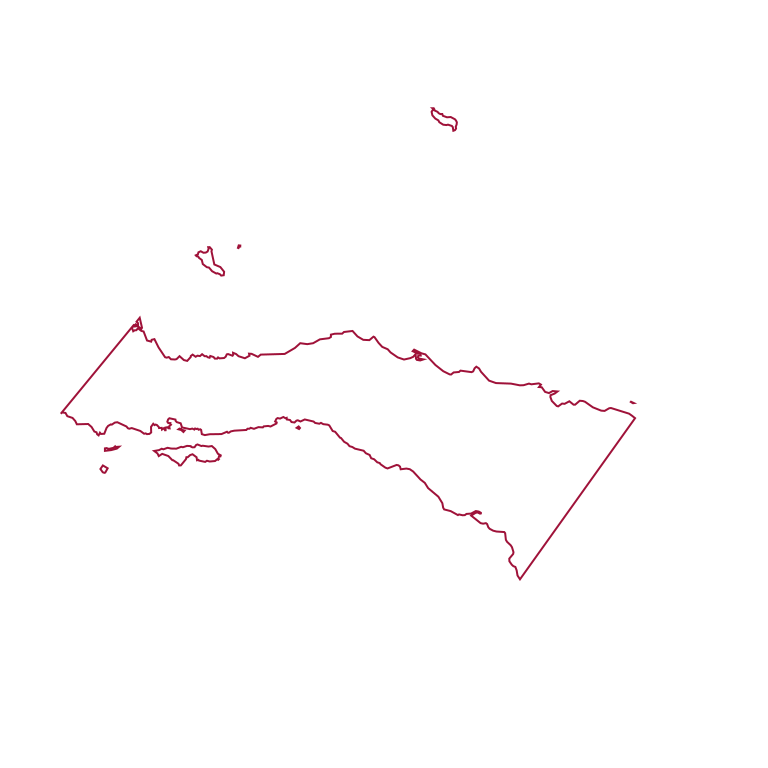 the State of Baja California, rotated 130°
{"feature_id": "MEX-2706", "entity_name": "Baja California", "entity_type": "State", "adm_level": 1, "iso_a3": "MEX", "parent_name": "Mexico", "parent_adm1": "", "projection": "albers", "projection_center": [-114.611, 30.356], "detail": "fine", "context": "isolated", "style": "outline", "palette": "rose", "viewbox_px": 768, "rotation_deg": 130, "n_neighbors": 0, "source": "natural_earth", "source_scale": "10m", "svg_char_len": 6177}
<svg xmlns="http://www.w3.org/2000/svg" viewBox="0 0 768 768"><g transform="rotate(130 384 384)"><path d="M446.2,154.3L444.9,158.6L441.5,162.6L439.7,165.8L440.4,167.8L440.3,170.0L439.2,174.0L437.2,175.8L431.2,175.8L429.6,176.7L426.8,181.0L426.1,183.2L425.8,188.3L425.0,190.5L420.4,195.3L420.1,196.7L424.7,203.0L426.2,206.1L427.0,210.0L426.7,212.0L425.0,215.0L425.1,216.5L427.3,218.3L428.5,220.6L428.8,232.6L424.0,231.1L422.3,229.9L421.6,227.1L420.9,226.6L420.4,227.0L420.8,229.4L422.3,232.0L427.3,234.0L430.5,237.3L432.5,237.8L434.0,239.4L435.7,242.7L436.9,243.1L438.5,251.2L441.4,257.3L440.7,259.2L437.8,262.7L435.4,269.9L435.4,283.3L433.5,289.2L433.7,294.7L432.3,305.4L432.7,309.5L434.4,312.5L438.6,316.4L437.0,318.6L437.0,320.6L437.9,322.3L446.4,327.0L447.2,329.2L447.7,335.1L447.3,336.5L448.3,338.8L448.0,343.2L449.1,346.1L447.6,349.4L448.7,353.4L448.2,356.7L452.2,364.7L452.6,367.7L453.8,370.5L453.2,373.6L453.9,377.4L453.0,382.2L453.4,383.2L452.0,390.7L453.0,393.1L450.9,399.3L451.3,400.9L453.8,404.7L454.3,407.3L456.0,408.0L458.1,411.7L458.0,413.8L462.1,421.9L466.4,423.9L467.2,426.7L468.3,427.5L471.0,427.8L472.6,430.4L472.0,432.9L473.6,435.6L472.5,436.8L473.5,437.3L474.0,439.9L477.3,441.4L478.5,443.6L479.9,444.0L482.7,443.3L482.4,441.5L483.4,441.0L489.5,443.6L490.6,445.8L493.8,448.9L495.1,448.9L497.8,452.5L501.9,454.8L503.3,458.0L504.7,458.3L506.0,459.8L507.7,459.9L516.0,468.7L518.8,470.9L521.0,471.5L521.6,472.2L521.5,473.6L526.8,476.3L534.5,485.2L538.3,488.4L539.5,491.3L536.7,494.6L536.8,495.7L538.2,496.6L538.0,498.0L539.1,498.8L539.5,500.1L540.8,500.0L541.4,502.2L543.3,503.6L547.1,510.8L544.8,514.5L546.4,518.2L546.2,519.9L545.3,520.9L548.2,526.4L549.9,526.6L552.2,525.7L552.6,524.1L551.3,522.6L551.9,522.3L552.1,521.0L554.5,521.4L555.8,519.7L556.5,520.7L556.3,522.1L557.7,523.3L559.8,521.6L560.2,522.0L559.3,524.2L561.6,524.8L560.5,526.1L562.3,528.0L561.8,528.5L561.4,531.6L561.9,532.9L563.0,533.4L562.8,535.2L566.6,534.9L570.8,531.2L573.0,531.6L574.8,533.4L575.0,534.8L576.3,535.8L576.6,540.5L579.9,548.9L582.0,550.4L582.5,551.7L582.1,554.0L584.7,563.7L586.6,565.4L590.1,566.4L590.5,567.3L593.4,568.4L596.0,568.3L601.9,566.3L604.2,568.7L603.9,570.3L606.8,569.6L606.9,571.4L605.8,573.2L606.6,575.3L604.9,580.4L604.8,584.9L612.3,593.4L610.8,596.7L610.2,600.8L612.2,605.9L610.9,609.4L612.6,612.2L614.5,612.5L502.7,613.6L504.8,610.0L503.1,609.5L502.0,608.3L499.5,608.3L499.3,604.0L498.3,601.9L503.0,593.5L501.2,589.6L499.5,590.4L497.2,588.7L500.9,580.2L504.2,568.9L503.5,567.4L501.7,566.2L502.0,563.1L499.6,559.9L498.3,558.9L494.1,558.5L494.3,552.7L492.8,549.6L487.6,549.4L486.7,550.0L484.5,549.5L484.2,545.8L482.2,545.1L480.9,542.9L478.1,542.5L478.0,539.3L476.8,537.9L476.8,536.2L476.0,534.5L474.2,535.1L472.9,531.9L473.3,529.9L471.8,528.1L470.3,528.2L470.1,526.5L466.9,523.2L464.8,522.8L462.4,523.5L461.3,522.7L459.7,518.2L458.6,518.3L457.1,519.7L456.1,516.5L456.2,513.3L453.7,507.1L448.8,505.2L447.5,506.9L446.0,504.8L444.2,498.0L440.7,497.3L424.8,479.4L413.6,475.4L406.6,474.4L402.8,468.4L398.3,464.5L391.0,461.8L384.3,455.6L382.1,454.9L380.3,456.4L377.1,454.0L372.3,448.4L369.9,448.1L363.6,442.2L364.6,434.9L363.5,428.3L359.8,423.4L354.5,422.5L354.2,421.4L356.0,414.6L356.7,409.2L355.0,403.5L355.6,399.2L354.8,390.6L352.4,384.4L347.3,380.5L344.4,379.1L340.8,379.0L344.1,375.7L344.4,374.3L342.7,371.4L339.8,369.6L341.9,373.4L342.0,375.0L340.2,376.0L338.6,374.2L337.5,375.7L337.6,376.5L339.1,378.0L340.4,383.1L338.3,383.0L336.4,375.0L334.7,371.3L336.4,356.9L336.1,346.8L334.4,339.8L333.6,338.7L330.4,338.1L326.6,334.3L324.6,334.0L318.6,324.5L317.0,323.8L313.7,324.7L311.4,324.4L311.0,321.2L312.3,317.5L313.9,305.7L311.3,298.8L302.1,287.0L297.7,279.1L295.2,276.3L290.5,273.2L289.5,270.9L284.0,265.8L283.6,263.4L286.7,263.3L285.1,261.1L286.5,255.5L284.9,251.8L281.0,250.3L278.2,246.3L281.6,247.1L285.5,249.2L287.0,248.2L289.1,244.6L289.8,237.6L289.2,236.2L284.5,235.0L283.1,232.9L278.1,230.9L278.0,225.5L277.0,224.3L271.0,223.3L269.2,220.7L268.4,218.6L267.6,209.0L264.8,200.5L262.8,197.7L257.8,195.9L256.5,194.7L249.2,177.2L248.9,173.7L248.8,169.7L446.2,154.3ZM580.1,509.0L584.0,510.2L582.8,512.9L583.0,517.0L579.2,513.8L576.5,512.7L575.8,511.0L572.0,508.8L570.3,505.6L567.0,501.5L562.5,499.0L561.7,497.4L558.0,495.1L555.8,492.1L556.1,491.2L555.5,489.8L554.2,488.5L551.5,488.7L550.2,488.0L548.9,484.0L547.8,483.2L544.7,478.2L542.2,476.0L542.3,471.4L544.2,466.4L543.6,463.2L544.6,462.8L545.5,463.9L547.7,462.9L547.7,462.2L548.7,462.3L548.8,463.4L551.6,463.9L555.4,467.7L556.6,470.3L558.6,470.9L561.6,476.5L561.4,477.4L562.6,478.2L560.6,480.5L560.9,485.5L563.0,486.8L566.3,487.3L567.1,488.3L568.9,487.4L576.9,487.3L578.1,488.6L577.2,490.2L577.9,496.5L578.4,497.1L577.8,502.9L580.1,509.0ZM405.4,580.3L406.3,582.9L407.2,583.5L408.1,588.2L407.3,592.9L408.4,594.8L408.6,599.9L406.1,603.3L406.3,606.8L405.8,608.1L406.6,609.7L406.4,610.9L404.3,609.9L402.4,610.8L400.1,609.7L399.5,606.7L397.9,605.0L395.9,604.3L393.1,605.3L392.2,606.6L391.2,605.5L391.7,602.2L393.3,601.4L401.5,590.8L399.6,584.5L400.8,578.6L403.7,576.7L405.6,578.4L405.4,580.3ZM145.5,502.6L147.3,505.3L147.9,509.9L147.1,511.8L147.7,515.3L147.1,519.6L144.9,522.5L141.6,523.0L141.6,524.1L140.8,523.2L141.2,522.0L142.1,521.7L141.1,517.9L141.4,516.2L141.0,514.3L139.7,512.9L140.7,511.3L139.2,507.2L136.6,504.5L135.6,499.8L135.9,498.2L136.7,496.4L138.5,495.2L140.8,494.4L142.0,493.0L143.9,492.8L145.4,493.7L143.0,496.4L142.7,497.9L144.2,501.7L145.5,502.6ZM626.2,541.5L631.0,540.6L631.8,541.1L632.4,542.7L631.4,546.6L627.1,547.0L626.2,541.5ZM490.3,613.7L496.5,605.5L497.7,605.3L498.0,609.4L495.5,611.5L495.4,613.6L490.3,613.7ZM602.3,546.6L605.2,547.1L610.0,550.5L614.6,554.8L612.7,556.4L611.4,555.3L610.6,553.1L606.8,550.2L604.6,549.9L604.8,549.2L602.3,546.6ZM499.6,613.6L498.9,612.3L497.9,612.6L497.6,611.4L498.7,610.6L502.0,613.6L499.6,613.6ZM547.8,506.8L549.7,506.8L549.6,509.7L550.8,512.3L549.6,512.0L548.9,510.6L549.3,509.9L547.8,506.8ZM471.7,420.1L473.1,420.1L473.7,422.7L471.4,422.1L471.7,420.1ZM371.1,582.5L371.6,583.2L373.4,582.8L373.6,583.4L371.2,584.4L370.3,583.1L371.1,582.5ZM238.0,180.3L238.7,180.9L239.1,183.4L238.8,183.4L238.0,180.3Z" fill="none" stroke="#9f1239" stroke-width="2"/></g></svg>